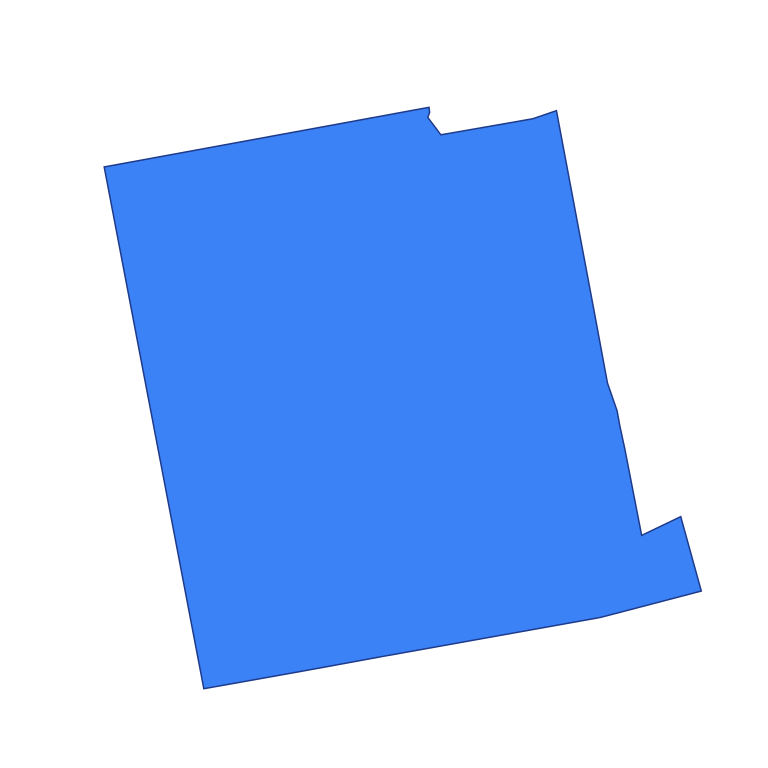 Warren, Ohio, United States of America, rotated 165°
{"feature_id": "52423323B78802175284896", "entity_name": "Warren", "entity_type": "district", "adm_level": 2, "iso_a3": "USA", "parent_name": "United States of America", "parent_adm1": "Ohio", "projection": "mercator", "projection_center": [-84.252, 39.422], "detail": "fine", "context": "isolated", "style": "filled", "palette": "blue", "viewbox_px": 768, "rotation_deg": 165, "n_neighbors": 0, "source": "geoboundaries", "source_scale": "gbopen_adm2", "svg_char_len": 411}
<svg xmlns="http://www.w3.org/2000/svg" viewBox="0 0 768 768"><g transform="rotate(165 384 384)"><path d="M458.2,121.4L235.2,102.5L131.1,101.9L131.7,179.1L174.3,171.1L168.2,258.8L167.0,283.0L165.8,297.9L167.9,327.1L162.1,401.0L146.7,603.4L171.6,601.7L264.6,610.0L272.7,630.1L269.6,634.6L268.9,639.6L598.1,666.1L636.9,136.3L532.8,127.4L458.2,121.4Z" fill="#3b82f6" stroke="#1e3a8a" stroke-width="1.5"/></g></svg>